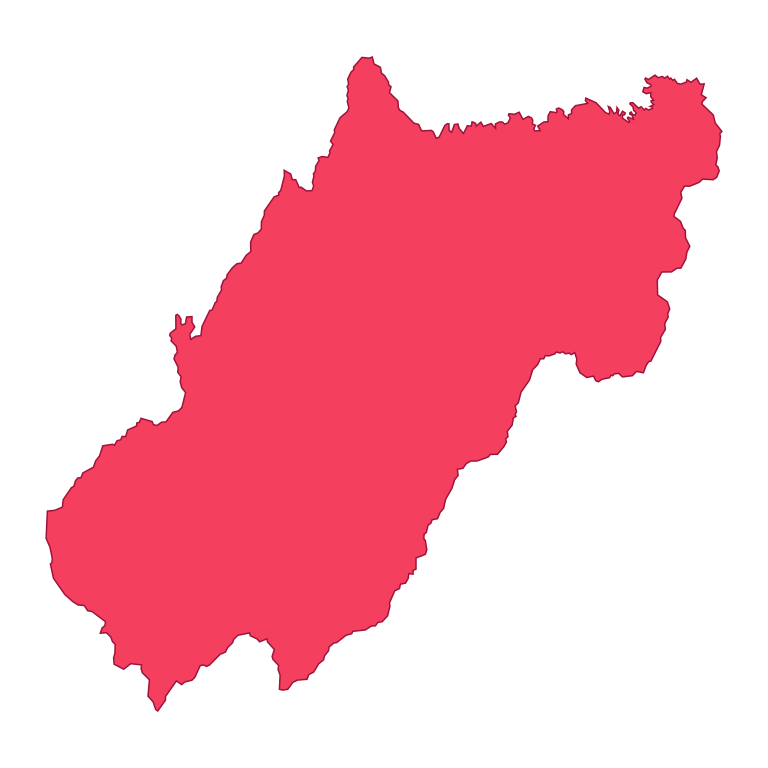 Nam Pat, Uttaradit, Thailand (Equal Earth projection)
{"feature_id": "78962969B51395146999096", "entity_name": "Nam Pat", "entity_type": "district", "adm_level": 2, "iso_a3": "THA", "parent_name": "Thailand", "parent_adm1": "Uttaradit", "projection": "equal_earth", "projection_center": [100.784, 17.695], "detail": "fine", "context": "isolated", "style": "filled", "palette": "rose", "viewbox_px": 768, "rotation_deg": 0, "n_neighbors": 0, "source": "geoboundaries", "source_scale": "gbopen_adm2", "svg_char_len": 6054}
<svg xmlns="http://www.w3.org/2000/svg" viewBox="0 0 768 768"><path d="M585.8,98.1L585.4,100.6L587.6,103.4L575.4,105.7L571.5,109.9L571.6,113.6L568.4,114.8L568.3,118.7L563.5,114.5L563.8,111.7L562.3,109.8L558.8,108.0L556.3,109.0L557.1,111.5L556.3,112.6L550.2,111.7L548.1,115.8L547.9,121.8L544.1,121.9L537.7,126.0L540.1,130.7L534.6,130.9L533.8,129.1L535.4,125.3L532.4,123.9L532.7,120.0L531.6,118.0L528.4,116.4L522.9,119.4L519.2,112.2L514.4,114.3L509.0,113.7L508.4,115.0L510.3,118.1L507.8,123.0L504.4,124.1L502.6,122.1L499.5,121.9L495.4,124.0L495.5,128.3L491.2,123.5L483.3,126.4L480.9,122.2L476.3,126.0L475.5,123.2L472.1,121.8L471.3,126.1L467.3,125.8L463.5,133.5L459.2,128.5L457.9,124.0L454.4,124.5L451.7,132.3L449.1,130.3L448.9,123.8L447.3,123.7L444.8,125.5L439.2,137.1L436.2,138.2L433.1,131.6L431.2,130.4L421.6,130.9L418.6,124.4L414.0,123.2L403.1,112.0L400.1,110.5L398.4,107.9L397.9,100.9L389.5,92.7L391.0,86.7L388.8,84.9L388.4,82.0L384.5,75.5L381.5,73.3L380.4,67.3L374.0,63.9L372.3,57.0L369.1,58.2L362.0,57.4L353.6,67.0L353.7,69.6L350.9,72.3L347.7,79.1L348.6,84.2L347.1,86.7L348.4,90.0L346.9,95.8L348.1,97.8L347.3,101.7L348.9,107.9L347.2,111.6L340.0,117.8L334.3,129.8L334.7,132.7L330.5,141.1L333.1,144.5L329.5,150.9L330.1,152.7L327.8,157.4L322.1,156.5L318.1,158.0L319.0,160.6L315.7,166.1L315.3,171.3L313.4,173.7L313.9,176.2L312.4,182.4L313.7,185.9L312.1,190.5L306.5,191.0L301.2,187.2L299.2,187.5L295.7,179.7L292.3,179.6L290.7,174.0L284.2,170.3L284.4,175.9L280.8,190.3L278.6,192.6L278.8,195.1L274.1,196.9L264.4,210.9L264.3,215.3L261.4,221.7L261.3,229.2L257.8,233.0L253.9,234.5L250.6,242.0L250.8,251.6L246.2,255.3L241.2,263.1L237.0,263.7L232.5,267.6L227.2,274.6L226.5,278.3L223.4,280.6L221.2,286.6L221.5,290.0L217.3,297.3L216.8,301.7L215.3,302.4L212.2,309.9L209.7,310.5L202.0,326.5L200.9,335.6L195.5,336.3L190.7,339.4L189.8,334.3L194.8,326.9L192.0,322.3L192.0,316.6L186.6,317.0L185.4,323.7L182.1,324.9L180.6,323.0L181.0,319.3L179.0,315.9L177.2,314.4L175.8,315.3L175.9,328.8L170.3,333.2L169.7,335.4L171.6,337.9L171.1,340.9L176.2,346.2L177.4,352.3L175.0,355.0L174.0,358.9L178.2,367.3L177.7,372.2L181.1,376.7L180.2,381.7L181.7,387.7L185.6,392.6L181.9,407.4L178.5,410.9L172.9,412.3L165.9,422.0L161.7,422.1L157.0,425.5L153.3,424.6L152.2,421.6L141.0,418.3L139.4,422.3L136.9,422.9L136.4,426.1L127.7,429.9L125.6,436.6L122.1,436.4L120.7,439.8L117.1,440.7L114.4,445.3L112.6,444.3L102.8,445.8L99.6,455.8L95.7,460.8L93.4,467.2L82.9,472.9L81.1,477.5L77.8,478.0L75.5,480.7L73.9,486.2L71.3,487.8L63.2,499.7L62.4,507.1L54.8,510.3L47.4,511.1L46.1,538.3L50.0,547.2L52.3,558.6L51.9,562.6L50.4,564.0L53.5,578.3L64.9,594.6L72.9,601.7L78.2,605.0L84.3,605.5L87.6,610.7L92.0,611.5L105.5,621.7L104.9,625.7L102.2,627.8L100.3,633.2L106.4,632.7L110.8,637.0L112.5,641.7L115.2,644.3L114.9,653.5L113.6,657.8L114.1,664.2L123.7,669.2L130.8,663.7L141.6,664.9L141.1,668.7L142.4,672.8L149.4,679.8L148.0,696.2L153.1,701.8L155.7,709.5L157.8,711.0L165.5,700.1L165.5,696.5L176.4,680.9L181.6,684.6L184.9,681.9L191.8,680.3L194.8,677.4L200.2,665.6L203.7,664.9L206.3,666.4L209.4,665.1L220.2,654.2L225.4,652.1L227.7,647.5L232.5,642.8L233.7,639.4L237.8,635.3L249.5,632.9L250.3,635.7L257.2,639.0L259.5,641.8L267.0,638.9L267.4,641.8L274.3,649.5L272.1,656.5L273.1,659.6L278.6,665.4L278.1,669.5L280.1,675.2L279.4,689.3L282.8,690.1L287.8,689.3L292.8,682.4L297.5,680.1L307.0,679.3L308.8,674.6L313.7,672.1L318.6,663.9L323.5,659.9L324.6,655.7L328.5,650.9L329.1,647.0L333.7,643.1L336.8,642.5L346.0,635.3L351.7,633.7L352.9,631.3L365.1,630.0L371.5,626.0L375.4,625.8L377.8,622.5L382.2,621.7L387.6,615.8L389.9,606.3L389.5,602.9L394.7,590.8L399.5,588.6L400.4,584.2L405.5,583.1L408.2,578.4L408.8,573.6L413.0,574.2L413.2,570.3L416.0,569.2L416.0,558.0L425.4,554.3L426.8,549.7L425.3,540.4L423.8,538.6L424.1,534.3L426.3,532.5L428.0,525.3L430.8,523.3L432.2,519.7L437.5,518.7L440.2,512.3L443.6,508.5L445.6,499.3L451.8,488.5L454.7,479.7L458.1,475.4L457.4,469.3L462.9,468.3L466.4,463.5L471.0,461.0L477.1,461.0L488.3,456.9L490.4,454.4L497.5,454.3L503.9,446.6L506.4,442.1L505.7,438.7L508.0,436.7L507.3,431.3L512.1,425.2L513.4,417.9L516.0,416.4L515.2,414.4L516.5,411.8L515.2,405.8L518.3,402.9L521.0,392.2L529.4,380.2L532.7,369.7L537.6,364.7L540.4,358.7L543.7,358.8L545.4,355.6L548.9,355.9L554.8,353.9L556.3,352.0L559.9,353.0L562.8,351.8L565.3,353.8L569.0,353.2L571.4,354.6L574.7,352.6L576.8,359.0L576.2,364.2L580.0,372.8L586.8,377.5L593.5,376.1L595.7,380.6L598.5,381.8L601.8,379.3L609.6,377.7L611.1,375.2L612.8,375.7L614.2,373.9L618.7,373.4L622.5,376.9L632.4,375.7L636.5,371.4L643.4,372.8L646.1,365.5L648.6,361.7L650.9,361.1L660.7,341.6L660.7,337.2L665.4,329.4L664.7,323.7L668.2,317.0L667.7,314.0L669.7,308.9L667.4,301.9L657.6,294.9L657.3,280.0L661.8,272.0L671.5,271.9L677.1,268.1L680.8,268.2L685.8,259.1L686.9,252.1L689.8,246.4L685.5,237.7L685.3,230.4L683.1,228.1L680.5,221.4L674.1,216.6L674.2,214.1L681.9,198.3L680.8,192.2L684.6,186.1L689.7,186.2L699.4,182.2L702.6,179.1L713.2,179.7L716.7,177.3L719.2,171.0L718.0,167.0L715.8,164.9L717.3,157.6L716.4,151.8L719.5,145.3L720.4,136.1L719.7,133.8L721.9,131.5L715.2,123.0L713.3,115.0L702.0,104.2L702.2,101.9L706.1,97.7L701.3,94.8L704.2,83.9L700.0,84.2L696.6,78.2L691.0,82.3L687.0,79.7L686.3,82.1L680.6,84.2L677.2,83.3L674.5,79.3L672.7,80.4L670.9,78.1L669.6,79.1L667.5,76.2L664.5,78.2L662.5,76.5L658.2,77.7L655.0,75.1L648.5,79.5L645.6,78.0L644.9,79.1L646.9,82.7L650.9,84.8L651.1,86.2L647.2,88.1L644.1,87.4L642.8,91.7L646.2,93.7L650.8,92.7L650.8,96.8L653.6,100.3L651.1,100.7L651.3,102.3L653.8,104.5L650.2,106.5L652.2,106.9L652.5,108.4L648.4,110.0L645.8,108.4L644.2,110.0L641.1,106.7L638.6,108.2L632.8,102.7L630.3,102.8L629.9,103.9L632.9,106.7L633.7,110.5L636.2,112.6L635.1,115.1L632.6,114.5L631.2,112.0L630.0,112.6L629.7,114.1L632.0,115.2L633.6,119.3L628.0,117.1L627.4,118.1L629.8,121.6L628.8,122.5L622.4,118.1L622.7,114.8L624.6,114.8L625.3,113.0L622.5,111.2L620.0,115.7L618.9,115.1L617.9,113.4L618.9,110.3L617.0,107.5L616.6,112.2L614.0,113.7L610.3,107.5L608.3,106.5L609.8,111.6L609.0,114.1L605.5,112.6L596.0,102.7L585.8,98.1Z" fill="#f43f5e" stroke="#9f1239" stroke-width="1.5"/></svg>